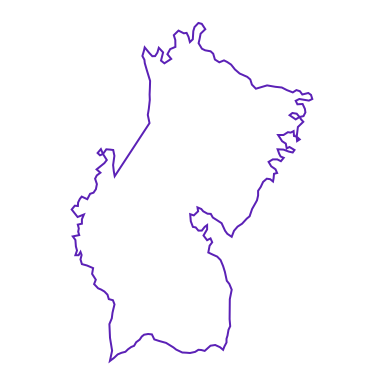 the district of Renascença, Paraná, Brazil
{"feature_id": "56859067B237930900866", "entity_name": "Renascença", "entity_type": "district", "adm_level": 2, "iso_a3": "BRA", "parent_name": "Brazil", "parent_adm1": "Paraná", "projection": "natural_earth1", "projection_center": [-52.94, -26.22], "detail": "fine", "context": "isolated", "style": "outline", "palette": "violet", "viewbox_px": 384, "rotation_deg": 0, "n_neighbors": 0, "source": "geoboundaries", "source_scale": "gbopen_adm2", "svg_char_len": 3336}
<svg xmlns="http://www.w3.org/2000/svg" viewBox="0 0 384 384"><path d="M201.8,23.9L198.4,23.0L194.5,27.1L193.3,31.1L192.8,39.3L189.9,42.1L188.5,36.8L186.6,32.9L183.8,33.3L178.5,30.6L173.8,35.2L175.3,40.0L175.4,46.9L170.2,49.1L167.4,54.2L171.2,58.9L167.8,61.1L164.4,63.3L161.0,60.6L163.1,52.4L158.8,47.8L157.4,52.6L155.1,56.1L152.3,56.2L149.4,53.1L144.7,47.4L144.0,50.5L142.4,56.0L144.4,59.8L144.8,63.2L146.8,70.1L150.1,80.9L149.9,87.6L149.6,94.5L149.8,99.9L148.8,108.9L147.8,114.9L149.5,123.1L131.3,150.9L114.7,176.2L113.8,171.3L113.1,165.1L114.4,155.8L113.2,150.0L110.1,149.6L106.3,149.3L103.0,154.0L106.8,160.0L104.4,163.1L96.6,169.4L100.4,172.7L96.8,175.4L95.1,178.7L96.9,184.1L95.9,189.2L93.5,192.7L90.1,193.8L87.3,199.2L81.7,196.6L79.8,199.0L78.1,202.5L77.9,206.0L74.8,205.7L71.7,209.5L77.6,217.0L83.9,214.5L81.9,219.3L81.9,223.7L77.8,224.6L78.8,228.4L78.2,231.7L79.2,235.1L72.8,236.4L75.4,240.0L75.9,246.5L77.0,250.5L75.4,255.2L78.6,255.2L80.5,251.9L81.6,255.0L80.5,259.4L81.9,264.1L87.0,265.5L93.1,268.1L92.1,273.9L95.8,279.7L94.1,284.1L98.1,288.3L101.0,289.5L104.4,291.5L107.5,294.7L108.8,299.1L112.9,300.2L114.5,304.4L113.3,309.3L112.5,312.8L111.8,318.3L109.4,324.1L110.0,337.8L112.1,350.7L109.9,361.0L114.1,357.8L117.7,354.4L121.5,352.8L125.4,351.8L128.1,349.2L131.2,347.0L134.1,345.8L136.2,342.2L139.7,339.6L141.8,336.5L144.1,334.7L148.1,334.0L151.9,334.4L154.3,339.4L158.9,340.9L166.1,342.9L173.4,347.4L176.2,349.6L182.3,352.5L186.2,352.7L190.0,353.0L195.1,351.9L198.4,349.8L201.3,350.0L204.7,350.9L207.7,348.2L210.5,345.7L215.2,345.0L220.0,347.2L223.1,349.8L224.4,346.5L226.5,342.5L226.5,338.8L227.5,335.6L228.5,329.8L230.2,326.2L229.6,319.2L229.8,299.2L231.7,289.7L229.3,283.9L226.8,280.8L224.9,271.9L223.1,266.1L220.6,260.1L217.2,256.6L212.5,254.5L208.3,252.5L209.6,245.7L212.2,242.3L210.5,238.4L207.1,240.2L203.5,235.5L207.1,229.4L207.1,225.1L204.7,226.9L201.8,230.6L198.4,230.6L195.7,227.4L192.9,226.9L190.8,221.3L190.2,214.2L193.8,215.4L198.1,211.3L197.5,207.4L201.3,209.0L203.2,211.3L207.5,213.7L210.8,213.9L212.8,217.5L216.7,220.0L221.6,223.2L225.1,230.8L227.3,233.8L231.7,236.8L234.0,230.8L237.6,226.6L242.1,223.7L246.8,218.6L249.6,216.3L252.1,209.0L255.4,203.2L257.0,200.3L258.1,195.5L258.1,190.8L260.7,187.0L263.1,181.9L266.8,178.7L270.2,179.2L273.0,181.5L273.6,178.3L274.0,173.8L277.1,173.0L275.5,169.3L271.2,166.3L268.6,161.9L272.8,159.4L277.3,159.4L280.9,161.2L283.7,157.8L280.6,156.5L279.2,153.8L277.6,149.3L283.5,149.6L288.8,151.6L292.7,152.5L294.5,150.0L289.5,147.0L286.7,148.4L285.8,143.6L282.1,141.2L278.1,135.0L283.5,135.0L287.9,132.2L290.7,132.6L293.6,131.1L294.0,136.0L296.7,136.7L297.9,127.0L303.3,121.8L301.2,119.5L299.5,117.0L303.5,116.1L305.4,112.4L304.9,108.9L302.6,104.0L297.4,104.3L295.7,100.8L299.3,99.0L308.9,100.6L312.3,99.0L311.0,94.9L308.3,93.0L302.3,94.5L299.9,91.2L296.4,90.1L292.8,92.4L286.9,90.1L281.8,87.5L275.3,86.8L267.1,85.4L255.9,88.7L251.9,84.6L250.3,79.5L247.3,76.9L239.6,73.5L234.9,69.4L231.1,64.6L227.2,62.0L224.0,60.4L219.3,62.3L214.9,59.5L213.2,53.7L210.6,51.3L205.1,50.3L201.9,48.7L198.6,43.2L199.6,38.9L200.6,33.7L205.3,29.2L201.8,23.9ZM299.5,117.0L295.7,119.4L289.6,115.2L292.4,113.0L296.7,113.7L299.5,117.0ZM103.0,154.0L100.9,149.1L97.6,153.0L100.0,155.3L103.0,154.0ZM296.7,136.7L297.1,141.1L299.7,139.4L296.7,136.7Z" fill="none" stroke="#5b21b6" stroke-width="2"/></svg>